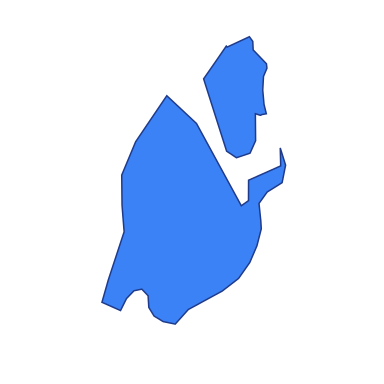 Herceg Novi, orthographic projection, rotated 234°
{"feature_id": "MNE-1506", "entity_name": "Herceg Novi", "entity_type": "Municipality", "adm_level": 1, "iso_a3": "MNE", "parent_name": "Montenegro", "parent_adm1": "", "projection": "orthographic", "projection_center": [18.544, 42.482], "detail": "fine", "context": "isolated", "style": "filled", "palette": "blue", "viewbox_px": 384, "rotation_deg": 234, "n_neighbors": 0, "source": "natural_earth", "source_scale": "10m", "svg_char_len": 830}
<svg xmlns="http://www.w3.org/2000/svg" viewBox="0 0 384 384"><g transform="rotate(234 192 192)"><path d="M146.6,270.4L147.8,252.8L143.4,239.5L128.2,230.7L121.5,226.4L110.3,212.9L101.0,197.3L94.7,178.9L94.1,158.3L99.1,120.0L95.0,100.8L104.1,92.5L113.9,88.4L124.0,89.2L133.9,95.5L142.9,94.3L146.2,87.0L144.3,76.4L138.1,64.5L155.7,54.3L170.2,72.8L199.7,113.7L222.4,127.6L247.0,145.1L265.8,176.0L284.7,228.2L244.8,235.9L151.9,223.8L151.8,232.6L168.3,244.7L161.0,279.1L175.8,289.3L158.7,283.5L146.6,270.4ZM288.6,305.6L283.9,329.7L278.1,329.7L271.0,325.0L252.0,327.6L248.1,325.4L243.5,317.8L232.8,309.1L220.6,301.8L211.6,298.1L213.6,294.0L213.7,292.7L214.6,291.8L218.1,289.3L196.1,273.6L189.3,261.8L193.6,248.1L204.7,244.0L276.7,267.9L283.8,288.3L289.9,305.5L288.6,305.6Z" fill="#3b82f6" stroke="#1e3a8a" stroke-width="1.5"/></g></svg>